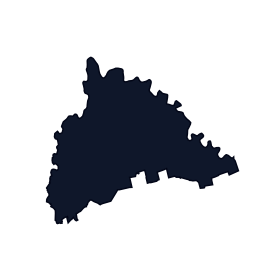 the district of Mesuji, Lampung, Indonesia, rotated 346°
{"feature_id": "22746128B5734020897269", "entity_name": "Mesuji", "entity_type": "district", "adm_level": 2, "iso_a3": "IDN", "parent_name": "Indonesia", "parent_adm1": "Lampung", "projection": "robinson", "projection_center": [105.324, -3.974], "detail": "fine", "context": "isolated", "style": "filled", "palette": "ink", "viewbox_px": 256, "rotation_deg": 346, "n_neighbors": 0, "source": "geoboundaries", "source_scale": "gbopen_adm2", "svg_char_len": 5736}
<svg xmlns="http://www.w3.org/2000/svg" viewBox="0 0 256 256"><g transform="rotate(346 128 128)"><path d="M223.5,181.7L222.7,182.2L221.8,182.5L220.4,181.5L219.8,180.4L218.5,178.8L217.1,177.8L216.5,177.8L214.5,178.8L213.9,179.4L212.8,180.0L211.3,180.5L209.6,179.5L209.0,178.6L208.3,176.3L208.3,175.7L208.5,175.1L208.8,174.2L210.8,172.4L211.5,171.4L211.8,170.9L212.0,170.1L212.0,169.7L211.4,169.0L209.1,168.5L207.0,168.6L206.2,168.4L205.5,167.5L205.2,166.7L204.7,166.1L204.6,165.9L204.6,164.9L204.8,162.2L204.7,160.7L204.0,160.4L203.4,160.4L202.8,160.6L202.2,161.3L201.9,162.8L201.2,164.1L200.4,165.0L198.9,165.7L197.7,165.3L196.5,164.3L196.1,163.5L195.6,162.8L195.1,161.4L194.5,158.9L194.8,156.7L198.4,155.1L199.3,154.1L199.4,153.2L198.8,152.0L198.2,151.0L197.3,151.0L195.8,151.3L193.8,152.3L192.7,152.2L190.1,150.0L189.3,149.5L188.6,149.6L187.8,150.3L187.7,151.7L187.7,153.6L187.3,154.6L186.7,155.1L186.0,155.2L184.7,155.2L183.5,154.2L183.2,153.2L183.2,152.6L182.9,152.1L182.9,151.7L183.0,151.0L184.2,148.1L185.2,144.7L185.8,143.6L186.9,142.5L189.5,139.3L190.1,137.9L189.1,136.0L187.2,133.4L185.8,130.7L185.3,129.4L185.1,128.1L185.0,126.7L184.0,125.7L181.6,124.6L181.1,124.5L179.8,123.5L179.5,122.6L179.0,121.8L178.9,120.8L179.1,120.2L184.9,119.1L185.0,118.4L184.8,117.7L184.4,117.0L181.6,113.4L180.5,113.6L178.1,117.2L176.3,116.9L175.0,116.1L173.5,115.1L171.5,114.1L171.4,113.8L171.4,113.2L172.5,110.7L173.7,107.9L174.4,105.7L174.1,105.0L170.9,103.4L169.9,102.8L169.5,102.3L168.7,100.9L167.5,99.4L165.5,101.1L164.7,103.0L163.4,104.4L162.2,104.1L162.0,103.9L161.5,103.7L161.2,103.4L160.6,102.8L158.6,99.1L158.0,98.2L157.8,97.6L157.7,96.6L157.8,96.0L159.3,93.6L161.2,90.0L161.5,89.1L161.6,88.4L161.4,87.5L160.9,86.7L160.4,86.3L160.1,86.3L159.4,86.4L157.9,87.1L158.0,86.9L155.8,87.2L155.0,87.1L153.5,87.2L152.8,87.0L152.2,86.8L151.4,86.2L150.8,85.2L150.4,84.3L150.0,82.2L149.8,81.6L149.6,81.3L148.9,80.9L147.8,81.2L145.0,82.8L143.2,83.0L140.2,82.6L139.0,82.8L137.0,82.8L136.5,82.5L135.8,82.3L135.4,81.8L135.2,81.4L135.2,80.3L135.8,78.6L136.1,77.2L136.4,74.1L136.6,72.6L137.0,71.5L136.9,70.2L136.4,69.5L135.9,69.1L132.7,67.6L130.5,67.1L128.0,67.5L124.3,67.7L122.6,68.5L120.9,70.2L120.0,71.5L119.2,72.3L118.5,72.5L118.3,73.0L117.6,73.5L116.5,73.6L115.7,73.3L115.3,73.0L114.6,71.9L113.7,68.9L113.6,66.8L114.0,60.5L113.6,58.6L113.1,57.6L111.2,52.7L110.7,51.9L109.5,50.8L109.1,50.5L108.7,50.5L107.6,50.8L106.2,51.4L105.2,52.1L104.7,53.0L103.9,56.8L103.1,59.4L102.8,59.9L102.0,60.8L101.8,61.4L101.8,62.5L102.0,63.9L102.1,66.5L101.9,68.0L100.9,71.5L100.3,72.3L98.8,73.0L98.4,72.9L96.5,72.1L96.2,72.4L95.9,72.4L95.3,73.1L95.2,73.5L95.1,74.4L95.2,75.8L95.1,78.9L94.9,80.3L94.5,81.3L94.6,82.6L94.7,83.3L95.0,83.9L96.7,85.1L97.1,85.5L97.5,86.0L97.7,86.7L97.6,88.4L97.3,89.4L95.5,92.0L94.1,95.7L93.5,97.6L92.9,98.5L92.2,99.2L90.2,100.1L89.8,100.4L89.3,101.2L88.7,102.7L86.9,105.6L84.2,107.0L83.6,107.1L83.4,107.0L82.1,106.0L81.6,103.0L81.0,102.2L80.4,101.9L79.4,101.9L78.2,102.8L77.3,103.2L77.0,103.2L75.4,102.5L73.7,102.2L72.9,102.6L71.5,103.9L70.3,104.7L66.9,106.3L66.6,106.6L64.0,110.3L64.2,111.6L64.6,112.3L64.7,113.3L64.6,113.6L63.4,115.9L62.7,116.8L60.3,117.1L59.6,116.3L59.3,115.2L59.2,114.9L58.9,114.7L58.7,114.2L55.7,115.7L54.5,118.8L54.8,120.5L55.0,120.9L56.6,121.8L56.6,122.3L56.8,123.2L56.5,127.6L54.4,129.0L54.2,129.3L54.2,130.8L54.7,132.2L53.7,134.1L52.4,136.2L50.5,135.2L49.3,135.4L48.7,136.2L48.5,138.3L47.5,138.5L46.6,141.0L46.6,141.5L46.4,143.3L46.4,143.5L47.3,145.4L47.5,145.3L47.6,145.0L48.2,144.7L48.4,144.7L48.9,144.9L49.3,145.5L49.8,145.8L50.0,146.2L50.7,146.8L50.5,147.0L51.1,148.3L50.4,151.1L49.2,151.9L48.7,151.6L48.3,151.5L48.1,151.7L47.4,150.8L45.8,150.0L44.5,149.9L44.1,150.1L44.0,150.3L43.6,150.5L43.7,150.8L42.9,151.6L42.4,152.5L42.5,156.0L41.1,156.3L40.4,157.4L40.1,158.1L40.2,158.3L40.3,158.2L40.4,158.6L40.1,158.9L40.2,159.4L40.0,159.6L39.8,159.4L39.7,160.1L39.3,160.6L39.1,161.9L38.7,162.1L38.9,162.6L34.5,166.5L34.6,167.1L35.0,167.9L35.0,168.2L34.6,169.2L34.7,169.3L34.8,169.6L35.0,169.9L35.1,170.7L34.9,170.9L35.3,171.3L35.2,171.7L35.4,172.2L35.5,173.0L35.4,173.2L35.5,173.4L35.2,173.8L35.0,174.4L34.7,175.0L34.7,175.3L34.3,175.3L33.5,175.8L33.1,176.3L33.0,176.7L32.7,176.7L32.1,177.4L32.1,177.8L31.7,178.1L31.6,178.6L31.7,178.8L31.4,179.2L31.2,179.9L32.7,180.9L34.6,182.9L34.2,183.1L35.1,184.8L34.2,185.6L36.4,187.6L37.6,190.3L37.0,193.2L35.1,199.9L35.7,200.3L35.9,203.1L36.4,203.6L39.0,203.6L39.6,204.2L41.0,204.3L41.0,202.6L41.5,202.7L41.5,200.9L43.8,199.9L45.6,199.4L47.9,199.2L47.9,200.5L47.0,200.5L47.0,205.5L50.9,202.9L51.2,203.1L53.3,201.5L54.4,204.2L54.9,205.0L55.6,205.5L57.0,205.1L56.5,203.7L57.0,198.5L57.9,198.5L60.3,197.6L61.8,197.3L65.0,195.1L66.8,194.2L68.6,194.2L68.7,193.4L70.0,192.5L71.1,190.5L72.3,189.8L72.7,189.3L73.1,189.2L73.4,188.8L75.0,188.9L77.3,191.2L80.5,193.5L82.0,195.3L82.5,195.7L83.6,195.3L85.3,195.1L93.6,194.8L102.0,186.5L102.9,185.4L104.6,185.8L115.1,186.0L117.4,186.5L117.6,176.3L118.6,176.5L123.5,176.8L123.7,176.1L124.9,174.3L125.4,173.8L125.7,173.7L126.1,174.0L126.7,174.7L127.1,174.9L127.5,174.8L127.5,173.2L129.5,173.2L130.9,173.0L133.9,173.0L134.1,175.4L134.0,178.0L134.0,179.6L133.6,180.6L133.5,186.2L137.0,186.1L137.0,186.5L143.1,186.5L143.4,186.0L144.4,185.7L145.5,185.7L145.7,185.4L145.6,177.9L151.6,177.3L155.6,176.7L155.5,186.1L161.6,186.0L163.0,187.4L165.6,188.1L166.5,188.9L166.5,188.3L172.3,191.7L174.5,192.8L174.9,193.6L176.7,194.2L178.1,194.9L181.4,195.4L182.1,195.9L183.5,197.9L183.6,203.9L186.7,204.4L187.7,204.4L188.6,202.8L196.4,203.5L196.5,198.9L196.8,197.8L196.7,196.8L200.6,196.5L204.3,195.9L204.3,195.3L214.5,194.4L214.9,198.0L224.8,196.2L224.0,186.0L223.7,185.0L223.1,184.0L223.5,181.7Z" fill="#0f172a" stroke="#020617" stroke-width="1.5"/></g></svg>